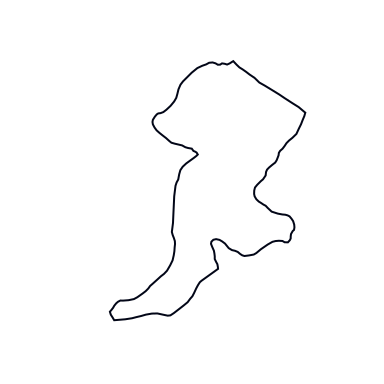 Offouè-Onoyè, Ogooué-Lolo, Gabon (Albers equal-area conic projection), rotated 54°
{"feature_id": "22940354B26580795617541", "entity_name": "Offouè-Onoyè", "entity_type": "district", "adm_level": 2, "iso_a3": "GAB", "parent_name": "Gabon", "parent_adm1": "Ogooué-Lolo", "projection": "albers", "projection_center": [11.91, -1.081], "detail": "fine", "context": "isolated", "style": "outline", "palette": "ink", "viewbox_px": 384, "rotation_deg": 54, "n_neighbors": 0, "source": "geoboundaries", "source_scale": "gbopen_adm2", "svg_char_len": 2723}
<svg xmlns="http://www.w3.org/2000/svg" viewBox="0 0 384 384"><g transform="rotate(54 192 192)"><path d="M110.4,81.7L110.3,82.6L110.1,86.0L109.5,88.7L107.6,90.1L105.6,92.1L105.5,94.4L104.2,96.3L101.8,97.3L99.3,99.2L97.5,102.2L97.1,105.5L95.9,109.5L94.9,114.8L95.3,122.1L97.2,134.2L98.4,138.2L101.0,142.6L103.9,146.0L106.6,149.4L108.3,153.3L109.7,158.7L110.4,164.3L110.5,168.2L109.7,171.1L108.6,173.1L108.5,174.8L109.2,177.7L110.6,181.2L112.1,182.8L114.3,183.9L117.8,184.4L121.3,184.4L125.0,183.6L129.0,182.5L133.1,181.3L137.4,180.4L140.0,179.7L142.7,177.6L148.5,172.6L151.8,171.1L154.0,169.4L156.8,166.7L159.6,166.7L161.3,165.7L162.8,165.1L165.1,165.3L165.4,167.3L165.5,170.6L165.5,174.7L165.5,179.9L166.1,184.7L167.5,188.6L170.1,191.9L173.8,195.8L175.2,198.8L177.3,201.7L185.0,208.9L197.5,218.9L205.9,225.6L212.5,231.8L215.4,232.9L218.5,233.7L221.6,234.7L224.1,236.3L226.5,238.5L229.6,241.1L232.5,244.0L235.9,247.9L238.5,252.8L241.0,258.5L241.8,262.9L241.9,266.7L242.4,271.1L243.1,277.7L243.4,281.1L244.4,284.1L245.0,287.8L245.1,291.7L245.0,298.1L244.5,301.9L243.2,304.8L242.2,307.0L240.7,309.4L239.6,311.2L237.7,313.8L237.3,316.4L237.5,318.7L238.3,321.7L239.3,323.9L240.1,326.6L240.6,328.8L240.9,328.9L243.5,329.8L246.9,330.0L250.0,330.3L255.7,320.9L258.9,314.7L260.5,310.6L262.4,306.1L264.1,301.4L266.8,295.9L269.9,291.4L274.6,287.2L277.8,284.3L279.1,282.0L279.3,277.9L279.1,271.2L278.9,265.4L278.6,260.3L277.3,256.2L276.6,253.0L274.9,249.6L272.5,245.3L270.9,242.0L269.6,238.7L269.4,236.4L269.5,216.1L268.0,215.2L265.3,213.9L262.9,213.6L259.6,213.0L257.4,211.4L254.9,210.0L252.4,208.8L248.2,207.9L245.1,207.1L243.6,205.5L243.2,202.8L244.3,200.2L246.9,197.9L249.6,196.7L253.1,195.6L259.0,195.3L262.5,193.8L264.8,191.8L267.4,190.2L270.3,189.5L272.7,188.6L274.6,187.2L276.8,183.2L278.9,178.8L279.2,175.9L278.8,169.9L279.0,161.6L279.6,156.2L280.8,153.2L282.5,150.4L284.8,147.6L287.1,146.6L289.1,144.0L288.5,141.2L287.6,139.5L285.9,138.2L284.2,136.6L282.8,133.5L282.6,131.7L280.8,129.9L278.5,128.5L275.0,127.3L272.0,127.2L269.1,127.4L267.1,128.4L265.2,129.9L263.3,132.1L259.9,135.3L254.7,139.1L249.5,140.1L246.4,140.5L244.2,141.6L241.4,142.6L239.0,143.6L235.7,144.2L232.4,143.9L230.1,142.9L227.4,140.8L225.4,138.4L224.5,135.0L223.7,130.0L223.5,127.1L221.9,122.7L219.3,120.3L218.0,118.1L217.5,115.3L217.2,111.1L217.1,107.4L216.1,104.9L214.7,102.7L213.2,100.4L211.4,98.7L210.5,96.5L210.2,93.3L209.2,90.0L208.0,86.8L207.4,83.2L207.2,79.0L206.4,73.4L203.6,68.4L201.3,64.0L198.9,60.3L196.6,56.5L194.4,53.7L194.1,53.8L186.0,55.8L179.3,58.5L170.5,61.9L164.4,64.1L154.7,68.1L148.7,70.6L143.0,73.2L136.5,74.3L130.7,76.4L126.6,77.6L122.5,79.0L119.1,80.4L115.2,81.1L110.4,81.7Z" fill="none" stroke="#020617" stroke-width="2"/></g></svg>